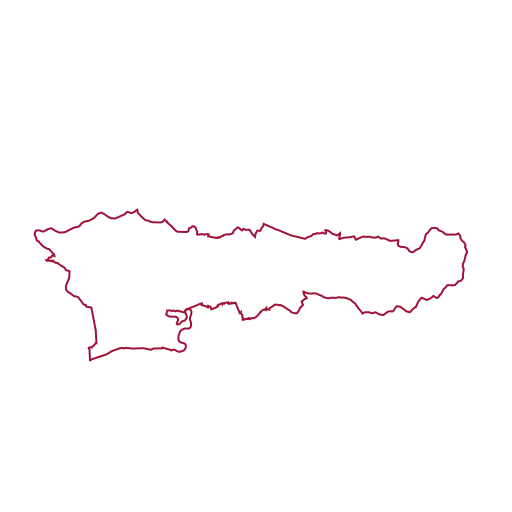 Comana, Brasov, Romania, rotated 335°
{"feature_id": "2599482B70960517450841", "entity_name": "Comana", "entity_type": "district", "adm_level": 2, "iso_a3": "ROU", "parent_name": "Romania", "parent_adm1": "Brasov", "projection": "orthographic", "projection_center": [25.274, 45.907], "detail": "fine", "context": "isolated", "style": "outline", "palette": "rose", "viewbox_px": 512, "rotation_deg": 335, "n_neighbors": 0, "source": "geoboundaries", "source_scale": "gbopen_adm2", "svg_char_len": 6085}
<svg xmlns="http://www.w3.org/2000/svg" viewBox="0 0 512 512"><g transform="rotate(335 256 256)"><path d="M139.4,305.8L141.1,305.9L142.7,306.6L144.7,309.5L146.4,310.6L150.5,311.2L153.3,309.7L154.5,307.8L154.7,306.7L154.6,305.8L153.8,304.7L150.7,301.9L150.3,300.1L150.6,298.3L151.9,295.8L155.3,292.3L157.3,291.5L160.8,291.6L163.8,293.1L165.1,293.4L166.5,292.9L167.5,291.9L168.8,289.3L169.3,285.7L169.7,284.6L172.7,281.3L174.0,279.2L174.1,277.6L172.9,276.0L171.5,275.3L169.5,275.4L168.7,276.0L168.0,277.0L167.9,280.6L167.7,281.7L167.3,282.4L165.9,283.6L164.2,284.4L161.3,284.0L157.6,285.4L155.7,284.7L155.5,284.1L155.9,283.2L158.0,281.5L158.7,280.2L158.7,279.0L158.3,278.0L157.5,277.0L152.3,274.6L151.2,273.5L149.9,271.2L152.5,267.9L154.4,268.6L157.2,270.6L158.2,270.5L159.9,272.3L161.7,272.2L167.3,277.1L168.7,275.4L171.0,274.8L172.3,275.1L181.7,275.7L183.7,275.6L186.9,276.1L186.0,277.5L188.9,279.9L190.8,282.3L191.6,281.0L193.4,283.0L192.9,285.4L198.2,285.8L200.1,285.5L200.3,284.5L204.3,284.4L205.0,284.5L205.1,285.1L205.4,284.6L206.3,285.0L206.8,285.7L207.3,285.2L209.9,285.9L210.5,286.6L210.9,286.5L210.7,286.9L210.9,287.1L210.8,287.4L211.7,287.5L211.8,288.2L213.5,288.0L213.7,288.7L214.8,289.0L214.9,288.7L215.4,289.3L216.6,289.2L216.7,289.6L217.7,289.8L217.1,300.7L218.6,300.4L218.2,301.1L218.2,302.3L218.8,303.8L218.2,304.5L217.6,306.0L218.0,306.8L217.0,307.7L217.1,308.3L217.6,308.2L217.8,308.6L218.0,308.6L218.1,308.1L218.6,308.0L219.4,308.8L221.4,309.1L221.9,309.7L222.6,309.6L222.7,309.1L222.9,309.0L223.4,309.2L223.7,309.8L223.3,310.2L223.7,310.4L223.8,310.7L226.2,310.5L227.3,311.4L230.8,311.2L235.6,309.2L236.1,308.6L236.8,308.7L238.2,308.0L240.7,307.9L241.6,308.8L241.7,307.7L242.0,308.4L242.7,308.7L242.4,307.9L243.6,307.4L243.3,308.4L243.4,309.0L245.3,310.3L245.5,309.5L246.7,309.0L250.2,308.6L252.0,308.0L254.5,308.9L255.9,310.3L257.3,310.6L257.8,311.4L258.6,311.8L263.6,319.9L264.4,322.1L267.0,324.3L269.0,325.2L272.2,323.4L273.5,321.9L278.0,320.1L278.0,317.4L278.4,316.3L280.0,316.3L281.6,315.5L284.2,315.7L284.3,314.8L283.4,312.6L283.3,311.6L283.6,308.6L284.1,308.4L284.6,309.0L284.9,309.8L285.6,310.0L287.2,311.7L290.0,313.4L292.6,314.2L295.3,315.9L296.9,318.1L298.7,319.8L299.9,321.9L302.6,324.2L304.0,325.0L307.6,326.0L310.4,327.6L313.5,328.3L316.5,330.1L318.1,330.8L320.5,332.6L323.4,335.9L324.6,338.8L325.9,341.0L325.9,342.7L326.4,344.0L326.8,347.0L327.9,350.9L328.2,353.2L330.9,353.0L334.7,354.8L337.1,357.1L340.2,357.4L341.3,358.5L342.6,360.5L345.5,362.8L346.7,363.3L352.0,362.2L354.0,362.7L356.4,364.0L357.8,363.5L361.8,361.1L363.0,361.3L365.4,363.1L369.0,369.8L371.6,372.0L377.5,369.8L379.3,369.8L383.8,365.9L388.2,363.8L388.7,364.0L392.3,368.1L396.8,368.1L400.0,367.2L401.8,370.2L402.9,370.6L404.4,370.1L406.0,368.9L407.0,369.0L407.7,368.6L412.0,365.3L414.5,364.7L417.1,363.3L422.3,365.9L423.9,366.4L427.0,365.4L428.3,364.5L431.3,365.0L433.7,364.0L434.3,363.4L435.9,360.0L438.8,355.6L438.8,354.1L439.1,352.5L440.3,350.5L442.8,348.4L447.2,342.9L448.6,342.2L449.0,341.7L449.3,338.2L449.1,336.1L450.1,335.6L450.5,333.7L450.3,331.4L449.3,329.5L448.7,326.6L449.6,324.4L449.0,321.1L446.0,321.0L437.7,317.1L436.9,316.3L435.1,312.7L432.6,310.1L432.3,309.5L432.1,307.8L430.1,306.1L426.8,305.0L424.3,306.0L421.9,307.5L419.7,307.8L418.3,309.0L414.9,313.4L412.9,314.4L411.3,315.8L408.0,318.0L406.8,318.2L405.3,318.0L404.4,318.3L403.5,318.0L400.8,318.8L399.2,318.7L397.0,316.5L396.6,313.3L395.7,312.0L394.6,310.9L391.0,308.8L389.4,307.1L389.4,305.2L391.3,302.8L391.7,301.8L383.9,299.0L381.9,296.5L379.7,294.2L376.6,293.0L374.8,290.0L373.1,290.0L371.0,289.4L368.7,288.0L367.1,286.5L364.7,285.6L361.3,283.7L357.3,283.4L353.6,283.6L353.1,279.6L349.0,278.7L343.3,276.5L339.0,276.0L338.6,275.5L339.5,274.5L340.6,272.7L341.6,271.6L341.9,270.8L338.3,271.7L334.7,268.3L333.2,265.1L331.4,262.8L330.8,262.4L329.7,262.0L329.6,264.1L328.9,265.1L327.7,264.8L326.4,262.9L324.7,262.9L322.2,262.0L321.4,261.2L318.3,260.8L317.1,260.3L314.5,261.3L311.0,260.7L307.8,261.2L296.2,251.9L287.7,242.5L284.4,239.4L283.1,237.4L281.3,235.7L276.5,230.1L275.0,232.0L272.3,233.5L270.5,235.0L268.1,233.6L267.7,233.7L264.7,235.9L263.2,238.2L261.9,234.5L261.2,229.5L258.0,228.0L256.0,226.1L254.3,227.0L253.4,225.8L252.6,223.6L251.5,222.3L246.9,223.5L245.6,224.5L245.1,225.3L244.1,225.6L241.0,225.3L239.2,224.2L235.7,223.3L234.9,223.8L232.5,223.5L231.3,224.0L230.3,223.2L229.5,223.5L229.1,223.0L228.0,223.1L220.9,217.9L222.2,216.4L220.4,215.2L217.9,214.8L216.5,213.4L211.8,211.9L211.8,211.2L213.0,209.1L213.1,204.2L212.9,203.7L211.2,202.2L207.9,202.9L207.0,202.7L205.1,204.9L203.7,205.1L195.2,200.9L194.2,199.6L193.5,198.1L192.3,194.0L189.5,187.6L189.9,187.3L188.5,184.3L186.7,185.4L184.3,185.5L177.0,182.0L174.4,179.9L172.7,177.9L171.8,177.5L170.8,176.6L168.9,172.1L167.2,166.9L168.0,163.9L166.5,164.0L164.4,164.7L161.2,164.5L158.3,161.8L156.7,161.8L155.0,162.7L144.3,162.5L141.0,160.8L139.1,158.8L135.9,153.5L134.1,151.3L132.2,151.0L130.4,151.1L124.7,153.2L119.4,153.4L115.4,152.4L114.0,152.4L111.2,152.9L108.9,154.2L107.8,154.4L102.3,153.3L93.7,153.7L92.0,153.4L88.3,152.0L87.1,151.1L84.8,148.4L82.2,144.3L78.6,143.7L73.9,144.1L72.3,143.1L70.6,141.2L67.3,140.0L65.5,141.4L65.2,142.2L64.4,142.8L64.4,146.4L63.9,149.1L64.4,150.3L65.4,151.1L65.4,152.1L67.0,157.1L69.9,161.3L71.5,162.5L72.9,167.5L73.5,168.2L73.6,169.9L73.3,170.9L72.0,169.6L71.0,169.6L69.9,170.6L68.7,170.5L67.6,169.9L66.6,170.8L64.9,171.5L64.2,171.2L64.3,171.9L65.7,172.3L66.3,172.8L69.5,174.2L68.8,174.5L70.4,175.7L71.6,177.6L73.2,178.3L74.1,180.6L77.3,185.3L77.8,187.4L77.6,188.3L80.6,191.0L77.9,196.1L75.8,198.5L72.6,201.3L70.8,203.2L69.8,205.9L69.9,207.6L70.6,209.6L71.8,211.1L74.3,215.8L75.6,216.4L77.4,218.1L79.3,227.1L81.0,228.4L80.8,230.1L85.0,233.2L79.3,255.7L74.6,267.5L74.2,267.0L71.8,268.4L69.5,268.8L69.1,269.4L68.6,269.6L66.5,268.4L65.5,268.6L65.5,270.6L61.5,280.3L62.0,280.5L63.5,280.2L79.0,282.0L85.2,281.3L94.0,282.1L96.6,283.2L96.9,283.8L98.7,284.1L103.5,286.7L104.4,287.5L115.1,292.0L121.2,296.6L124.0,296.5L131.8,300.0L132.5,299.4L139.4,305.5L139.4,305.8Z" fill="none" stroke="#9f1239" stroke-width="2"/></g></svg>